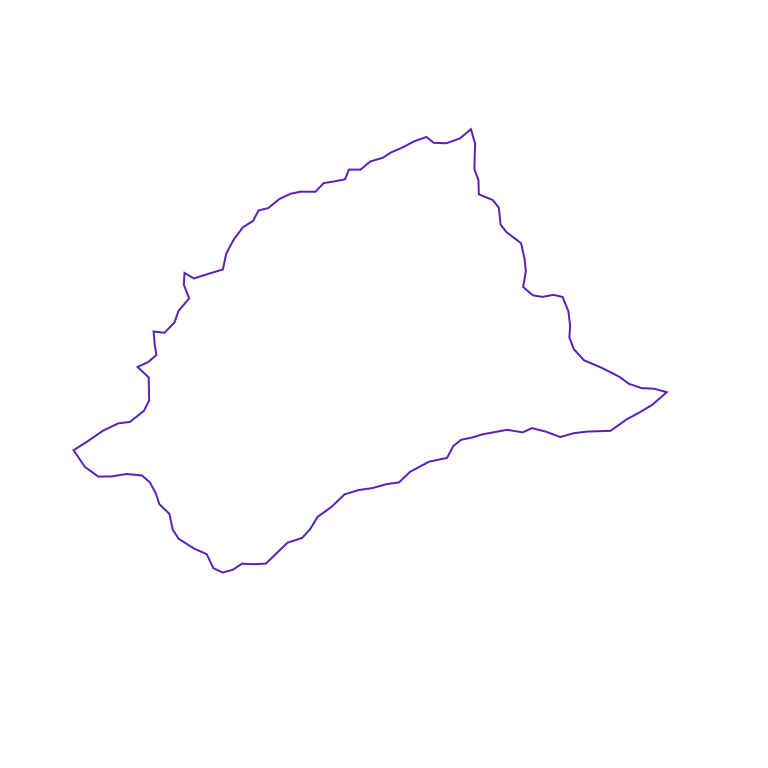 Santa Bárbara de Goiás, Goiás, Brazil, rotated 39°
{"feature_id": "56859067B76762527426674", "entity_name": "Santa Bárbara de Goiás", "entity_type": "district", "adm_level": 2, "iso_a3": "BRA", "parent_name": "Brazil", "parent_adm1": "Goiás", "projection": "orthographic", "projection_center": [-49.679, -16.596], "detail": "fine", "context": "isolated", "style": "outline", "palette": "violet", "viewbox_px": 768, "rotation_deg": 39, "n_neighbors": 0, "source": "geoboundaries", "source_scale": "gbopen_adm2", "svg_char_len": 1665}
<svg xmlns="http://www.w3.org/2000/svg" viewBox="0 0 768 768"><g transform="rotate(39 384 384)"><path d="M177.3,328.0L179.6,339.6L175.7,351.0L176.3,366.3L179.3,381.8L186.7,396.4L178.7,408.1L169.7,421.7L159.1,423.2L165.8,432.7L178.7,440.1L178.3,456.6L182.4,467.8L181.2,482.3L171.9,488.2L180.8,497.5L188.9,504.7L186.9,515.3L181.8,525.9L196.9,526.9L211.9,544.6L214.3,556.0L210.4,573.4L202.3,581.7L194.9,597.4L189.5,615.8L184.4,630.8L203.9,636.7L220.3,635.7L230.5,627.2L240.4,616.1L253.5,607.4L264.1,607.8L275.6,612.7L285.1,618.8L299.0,620.0L311.5,630.2L322.0,633.5L340.2,631.4L353.3,627.8L367.2,634.5L377.3,632.0L383.4,623.5L386.7,613.1L395.9,606.2L405.2,598.0L407.2,581.7L408.9,568.0L417.3,555.0L417.9,543.0L416.0,528.9L420.5,512.6L422.8,494.5L431.0,482.4L440.4,472.3L449.0,460.2L457.6,451.1L459.5,435.8L467.9,416.0L479.5,401.7L476.9,388.7L479.1,378.7L486.5,369.7L492.6,360.6L499.0,353.2L508.6,342.0L522.3,334.3L526.6,325.3L539.7,319.2L554.3,314.3L562.7,302.5L571.9,293.1L589.5,277.8L594.8,258.9L600.4,245.4L605.5,231.4L608.9,212.4L596.9,217.7L586.8,225.1L574.3,229.7L562.3,230.3L543.2,234.4L524.6,239.7L509.6,237.5L498.7,231.1L492.2,221.8L481.5,211.4L468.0,204.0L459.6,208.1L452.4,216.5L443.9,221.4L431.1,221.1L423.4,207.3L414.5,198.3L401.9,188.3L383.4,188.9L374.2,186.7L362.3,174.7L352.7,172.6L338.3,176.9L329.3,166.3L319.1,160.2L312.1,151.2L303.5,139.8L291.2,131.3L288.4,145.5L281.0,157.6L270.8,165.3L261.5,165.3L254.8,176.3L249.9,187.7L243.9,199.3L240.8,208.7L233.3,219.7L230.8,232.2L221.8,239.5L224.9,249.5L217.3,258.5L210.7,265.8L209.7,277.8L198.4,286.8L191.7,294.9L186.3,305.9L183.3,320.2L177.3,328.0Z" fill="none" stroke="#5b21b6" stroke-width="2"/></g></svg>